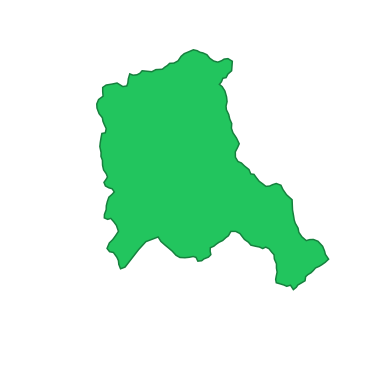 outline of São Roque, São Paulo, Brazil, rotated 149°
{"feature_id": "56859067B40084204815898", "entity_name": "São Roque", "entity_type": "district", "adm_level": 2, "iso_a3": "BRA", "parent_name": "Brazil", "parent_adm1": "São Paulo", "projection": "natural_earth1", "projection_center": [-47.115, -23.533], "detail": "fine", "context": "isolated", "style": "filled", "palette": "green", "viewbox_px": 384, "rotation_deg": 149, "n_neighbors": 0, "source": "geoboundaries", "source_scale": "gbopen_adm2", "svg_char_len": 2649}
<svg xmlns="http://www.w3.org/2000/svg" viewBox="0 0 384 384"><g transform="rotate(149 192 192)"><path d="M155.4,56.1L151.7,56.6L149.1,57.8L145.2,57.7L140.8,57.7L138.2,60.9L135.3,61.5L131.6,61.5L128.6,62.2L125.2,63.3L121.4,62.8L118.2,62.8L114.1,63.1L109.5,64.1L109.8,69.9L108.8,73.1L108.0,78.2L109.4,84.9L112.4,88.8L115.7,90.6L119.1,91.5L120.9,97.0L121.2,102.4L119.7,106.4L119.6,112.0L118.8,115.4L117.2,119.3L115.1,124.8L112.6,129.4L110.2,133.8L111.2,137.1L112.4,141.0L112.8,147.2L112.3,152.0L115.4,155.9L119.2,156.8L122.4,157.1L125.8,158.8L127.1,162.3L128.9,166.6L129.5,171.3L129.8,175.2L132.3,177.2L131.6,181.9L133.6,187.2L134.7,191.4L136.9,194.5L136.9,199.4L134.2,204.1L130.0,206.7L126.7,209.0L126.1,215.3L126.4,221.7L125.4,226.3L122.7,230.2L122.1,235.0L120.6,239.6L120.2,244.7L118.6,248.1L115.4,251.4L113.4,255.7L111.8,261.6L111.9,266.8L113.1,270.2L110.0,271.3L107.0,273.6L103.9,272.5L100.5,274.6L95.6,275.5L92.7,279.6L90.1,283.3L92.5,287.8L96.1,289.4L98.9,289.3L103.0,290.0L106.0,293.2L107.9,297.5L108.5,302.0L111.0,305.6L113.2,307.7L114.8,310.5L117.6,313.2L122.7,313.9L127.4,314.6L131.5,313.9L136.4,311.6L141.2,311.8L144.9,313.8L148.0,313.1L151.1,313.0L154.2,312.5L156.7,313.8L159.9,315.5L164.5,315.8L168.4,318.7L172.3,321.6L175.5,320.6L178.8,320.8L182.4,322.5L184.5,325.3L188.3,321.8L190.9,318.4L193.3,316.5L197.0,318.0L200.1,324.0L204.7,325.6L210.5,327.9L214.7,327.6L216.7,324.3L218.9,319.9L224.4,319.4L228.3,316.5L230.2,312.9L231.3,307.0L230.6,301.8L231.9,298.5L232.5,294.6L232.9,290.5L235.8,287.4L239.1,288.6L241.8,285.6L245.1,281.7L247.6,278.4L249.6,272.7L251.7,269.4L252.4,265.4L254.9,261.0L256.4,256.5L256.1,251.8L256.7,248.4L259.3,247.0L262.5,245.6L263.1,241.8L261.1,238.4L258.8,235.9L258.6,232.1L262.0,231.1L265.9,230.4L269.5,227.4L272.5,224.4L274.7,221.0L278.6,217.9L280.5,215.0L278.4,212.0L275.2,211.2L274.4,206.8L274.0,202.3L275.3,196.2L280.0,193.9L284.5,192.0L289.1,190.9L293.9,187.4L293.4,183.3L290.5,180.6L290.0,174.7L290.4,171.1L292.0,167.7L292.8,163.0L288.1,162.1L267.5,170.1L257.1,173.2L244.2,170.9L244.1,165.6L242.5,160.5L241.1,156.6L239.4,151.5L238.3,146.0L236.1,142.1L231.9,139.3L228.1,137.5L224.2,136.1L222.2,133.9L222.6,129.7L219.1,128.1L216.2,128.5L211.4,127.7L208.1,128.6L206.9,132.0L205.0,134.8L201.2,134.3L197.9,134.8L194.6,135.0L190.7,134.6L186.3,135.5L183.4,135.7L179.0,138.2L174.8,135.7L172.3,131.7L171.5,124.4L169.5,119.9L168.9,116.1L165.3,112.6L162.5,110.1L160.5,107.1L157.2,106.8L155.2,103.7L154.7,99.6L154.0,96.0L155.9,92.2L156.6,86.9L158.8,83.3L160.3,79.5L163.3,76.3L165.3,74.0L166.5,70.8L163.7,67.8L161.1,64.9L159.4,62.4L155.6,61.4L155.4,56.1Z" fill="#22c55e" stroke="#15803d" stroke-width="1.5"/></g></svg>